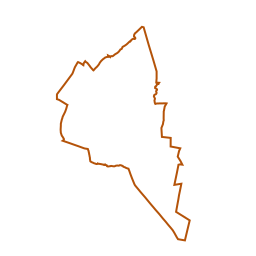 Tlahuelilpan, Hidalgo, Mexico (Equal Earth projection), rotated 279°
{"feature_id": "50627088B50074216584912", "entity_name": "Tlahuelilpan", "entity_type": "district", "adm_level": 2, "iso_a3": "MEX", "parent_name": "Mexico", "parent_adm1": "Hidalgo", "projection": "equal_earth", "projection_center": [-99.217, 20.13], "detail": "fine", "context": "isolated", "style": "outline", "palette": "amber", "viewbox_px": 256, "rotation_deg": 279, "n_neighbors": 0, "source": "geoboundaries", "source_scale": "gbopen_adm2", "svg_char_len": 3896}
<svg xmlns="http://www.w3.org/2000/svg" viewBox="0 0 256 256"><g transform="rotate(279 128 128)"><path d="M145.4,53.3L145.0,55.5L141.3,64.5L141.1,64.4L137.5,64.0L134.3,63.4L132.0,62.7L129.5,61.9L128.8,61.7L127.5,61.6L125.9,61.3L121.7,61.0L119.8,61.3L115.9,61.7L112.8,62.4L110.1,63.8L109.1,64.8L107.3,66.3L106.9,66.5L106.3,66.4L105.8,66.1L105.5,65.8L105.2,65.5L104.0,72.3L102.9,78.2L102.2,82.1L101.1,87.7L101.0,88.7L101.0,89.5L101.0,90.0L101.0,90.3L101.0,90.6L101.0,90.9L101.0,91.6L99.3,92.5L99.1,92.7L98.3,92.9L97.4,93.3L96.3,93.7L95.9,93.8L95.0,94.2L94.3,94.4L93.5,94.7L93.1,94.9L92.3,95.1L92.1,95.2L91.6,95.2L91.2,95.3L90.5,95.6L89.8,95.8L89.4,95.9L89.1,96.2L89.0,96.4L88.8,96.8L88.5,97.7L88.3,98.7L88.0,99.5L87.8,100.4L87.7,101.4L87.6,101.7L87.5,102.2L87.5,102.6L87.7,103.1L87.8,103.6L88.2,103.7L88.1,104.0L88.1,105.4L88.1,105.8L88.1,107.1L88.0,108.5L88.0,109.8L88.2,110.5L87.8,110.4L87.8,110.6L88.1,110.7L88.0,111.7L87.9,111.7L87.9,112.0L87.9,112.3L87.8,112.6L87.7,113.0L87.4,113.1L87.1,113.2L87.0,113.3L86.9,113.6L86.9,114.0L86.9,114.4L87.1,115.1L87.3,115.6L87.5,116.5L87.8,116.9L87.9,117.2L87.9,119.6L88.0,120.5L88.2,120.8L88.4,121.3L88.8,121.8L89.0,122.3L89.2,123.1L89.3,123.5L89.3,124.1L89.3,124.5L89.4,124.8L89.5,125.1L89.9,125.5L90.0,125.8L90.1,126.6L90.0,127.1L90.0,127.3L89.8,127.6L89.8,128.0L89.8,128.5L89.6,128.8L89.4,129.1L89.2,129.3L89.0,129.5L89.0,129.9L88.9,130.2L88.8,130.5L88.7,131.0L88.7,131.3L88.3,132.2L88.2,132.7L87.9,134.3L87.9,134.6L87.9,134.8L85.5,136.2L83.2,137.4L79.0,139.8L75.2,142.1L73.4,143.2L72.5,143.9L70.8,145.8L68.1,148.9L67.0,150.1L64.7,152.8L62.0,156.0L61.1,157.0L58.7,159.7L56.5,162.2L51.4,168.1L48.1,172.1L44.0,176.7L41.4,179.8L38.7,182.8L35.7,186.3L34.0,188.2L31.9,190.0L27.8,193.2L26.0,194.8L25.9,201.8L36.4,202.6L46.4,203.4L52.7,188.6L61.6,188.8L65.1,188.9L69.6,188.9L73.6,189.1L78.2,189.3L81.3,189.4L79.1,182.7L91.2,183.3L99.2,183.6L99.6,183.6L100.2,185.0L100.3,187.4L103.6,185.0L107.5,181.6L112.9,182.0L113.5,182.1L116.1,182.8L116.4,173.0L124.9,171.7L124.5,162.9L131.3,161.4L133.3,161.0L137.2,161.9L140.0,161.9L141.1,162.1L143.0,161.7L150.0,160.7L150.9,160.8L154.9,160.9L158.3,162.2L158.3,161.5L158.2,160.9L157.9,159.1L157.8,158.7L157.3,155.8L156.9,153.6L156.7,152.6L156.1,151.3L156.3,151.2L156.5,150.9L156.8,150.7L157.5,150.4L159.1,149.9L159.5,149.8L159.9,149.9L160.4,150.0L160.9,150.0L161.3,150.0L161.6,149.8L163.0,148.8L163.4,148.6L163.8,148.7L164.3,148.7L164.5,148.7L164.8,148.9L165.2,149.3L165.3,149.5L165.5,149.9L165.6,150.1L166.0,150.4L166.4,150.6L166.8,150.7L167.2,150.7L167.5,150.6L167.9,150.3L168.7,150.0L169.1,150.1L169.9,150.6L170.3,150.7L170.7,150.6L170.9,150.4L171.3,149.6L171.6,148.6L171.9,148.5L172.7,148.4L173.0,148.4L173.3,148.6L173.6,149.1L174.0,149.2L174.4,149.5L174.9,149.7L176.1,149.8L176.2,151.2L176.9,151.3L177.5,151.6L177.3,148.8L181.5,148.5L188.4,147.4L199.0,142.4L213.2,135.5L229.9,127.7L230.1,126.1L230.1,125.9L229.4,125.4L224.1,121.4L222.6,120.1L222.2,119.9L220.9,119.5L220.3,119.5L219.4,119.6L218.8,120.4L218.3,121.0L217.7,121.2L217.2,121.0L217.0,120.8L216.9,120.4L216.9,119.9L217.0,119.5L216.9,119.1L216.6,118.7L215.8,117.8L215.2,117.5L214.6,117.2L214.0,116.8L214.2,116.6L213.2,115.8L213.2,115.7L211.7,114.6L210.2,113.4L208.6,111.7L207.3,110.0L207.2,110.0L205.3,109.4L205.0,109.3L204.5,108.3L203.7,107.9L202.0,107.0L200.5,105.8L198.8,103.7L197.0,102.1L196.5,101.5L196.4,100.7L196.4,100.1L195.8,99.3L195.4,99.3L195.8,98.4L196.1,98.2L196.5,97.0L195.2,97.5L194.9,96.1L194.0,94.4L193.3,93.8L192.0,92.5L190.0,91.0L188.2,90.0L186.2,89.3L185.0,88.6L183.8,87.9L181.9,86.4L179.5,84.9L179.6,84.6L179.8,84.4L180.6,83.5L180.7,83.3L182.4,81.3L182.9,80.9L186.0,77.6L186.4,76.4L187.3,75.3L185.0,74.1L183.0,74.1L183.1,73.8L183.6,73.1L184.0,72.2L184.7,70.5L185.3,68.3L184.9,68.0L181.7,66.8L179.9,66.1L178.2,65.7L174.7,65.0L173.0,64.6L160.7,58.2L150.5,52.7L149.8,52.6L145.4,53.3Z" fill="none" stroke="#b45309" stroke-width="2"/></g></svg>